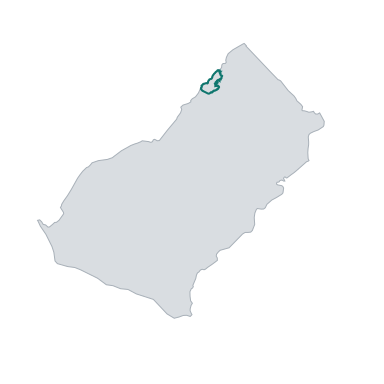 Wa West, Upper West, Ghana (highlighted), rotated 47°
{"feature_id": "2480657B35206472883168", "entity_name": "Wa West", "entity_type": "district", "adm_level": 2, "iso_a3": "GHA", "parent_name": "Ghana", "parent_adm1": "Upper West", "projection": "robinson", "projection_center": [-2.68, 9.917], "detail": "fine", "context": "in_parent", "style": "outline", "palette": "teal", "viewbox_px": 384, "rotation_deg": 47, "n_neighbors": 0, "source": "geoboundaries", "source_scale": "gbopen_adm2", "svg_char_len": 6096}
<svg xmlns="http://www.w3.org/2000/svg" viewBox="0 0 384 384"><g transform="rotate(47 192 192)"><path d="M230.5,47.1L233.1,49.9L233.7,51.4L232.7,57.4L230.9,61.6L229.7,65.5L229.8,67.4L231.0,69.4L234.9,72.5L237.0,74.5L239.4,77.5L242.1,80.4L246.8,84.3L248.8,85.0L248.7,86.0L248.0,87.5L247.6,101.8L247.3,105.5L247.0,107.4L246.5,112.8L246.0,113.5L245.2,113.5L244.3,113.7L244.1,114.7L244.5,115.8L247.3,116.6L246.7,117.4L244.6,118.1L243.6,119.8L244.0,121.6L242.9,123.1L243.2,124.1L244.0,124.8L245.2,124.5L248.5,122.1L249.8,121.8L251.6,122.3L254.7,126.1L254.9,127.9L253.6,134.2L252.3,139.1L252.1,145.6L253.5,149.2L253.3,151.2L251.8,153.0L248.6,155.5L248.8,157.2L250.3,160.4L253.1,163.9L258.5,168.3L261.3,174.1L261.4,176.4L259.7,178.7L257.8,180.7L257.2,183.7L258.1,202.9L253.8,211.2L253.8,213.6L254.2,216.4L255.4,218.0L257.5,218.5L259.3,220.1L258.7,225.9L257.8,231.9L257.6,234.8L257.1,236.2L255.4,237.3L254.8,239.2L255.2,241.5L254.9,243.2L255.8,245.4L257.8,248.2L260.9,255.1L262.1,255.6L262.6,257.1L262.3,258.5L263.5,261.5L267.0,264.6L270.6,267.2L273.6,267.6L274.3,270.0L276.2,273.0L277.6,274.4L279.9,275.2L281.7,275.7L281.8,278.2L278.5,280.0L276.3,282.6L274.6,286.7L272.2,291.1L264.1,293.4L261.0,293.4L244.2,293.5L228.6,302.2L219.6,305.3L214.0,310.2L206.6,313.7L201.4,317.9L190.6,319.9L172.8,326.6L167.3,329.2L161.7,333.8L152.6,339.3L149.0,339.2L141.8,334.1L136.4,331.6L123.3,327.7L113.5,326.2L108.7,324.6L107.4,324.3L108.5,322.4L111.3,322.3L114.2,322.9L116.3,321.5L119.5,321.3L120.4,319.9L120.6,316.2L120.6,313.2L121.7,311.9L122.0,308.5L120.4,300.7L119.3,299.9L113.6,298.8L113.2,297.2L112.1,295.6L111.0,291.7L109.8,285.7L107.8,278.4L103.9,266.3L103.0,262.1L102.3,257.7L102.2,252.5L103.0,250.6L102.9,247.9L102.5,245.2L105.2,239.1L110.5,231.6L111.7,228.8L112.6,226.9L112.8,224.2L113.7,215.5L116.3,204.9L117.9,200.9L119.0,198.7L120.3,195.2L120.6,193.5L125.5,189.4L127.7,188.2L128.2,186.6L127.5,184.8L127.8,183.6L129.0,183.0L130.8,182.5L132.1,180.8L130.0,167.7L128.4,154.7L128.3,153.6L127.3,151.8L126.3,146.4L124.6,143.2L122.3,142.3L122.3,139.3L124.7,134.3L125.3,131.4L124.2,130.5L124.0,128.2L124.8,124.5L124.4,122.2L124.0,119.8L121.6,114.1L121.0,110.1L122.2,107.7L122.2,102.5L120.9,94.6L120.7,89.5L121.5,87.4L121.1,85.4L119.4,83.5L119.2,81.7L120.7,79.9L120.5,78.5L118.7,77.5L117.0,75.0L115.5,71.2L115.9,64.9L118.6,53.4L119.0,52.5L122.1,52.5L122.1,53.0L131.9,52.9L143.1,52.8L156.5,52.7L168.7,52.5L169.2,52.0L171.2,51.4L183.5,52.5L191.2,51.9L194.4,52.3L196.8,53.1L202.1,52.6L205.0,52.9L207.1,55.8L208.0,55.7L209.2,54.5L211.3,53.2L213.4,52.1L215.0,49.8L215.9,48.1L217.3,48.5L219.3,48.4L220.7,46.9L221.2,44.7L230.5,47.1Z" fill="#d9dde1" stroke="#a8b0b8" stroke-width="1"/><path d="M134.0,101.2L133.9,100.8L133.8,100.7L133.7,100.7L133.3,100.4L133.2,100.4L132.9,100.4L132.7,100.5L132.4,100.7L132.2,100.6L132.1,100.8L131.8,100.8L131.7,100.9L131.6,101.0L131.4,101.3L131.4,101.2L131.4,101.3L131.2,101.3L130.9,101.4L130.6,101.2L130.4,101.1L130.2,101.3L130.1,101.5L130.0,101.8L129.9,101.7L129.9,101.8L129.8,101.7L129.8,101.8L129.7,101.8L129.5,101.7L129.5,101.8L129.4,101.7L129.2,101.7L128.9,101.6L128.8,101.4L128.9,101.2L128.7,101.3L128.4,101.1L128.2,101.1L128.2,100.9L128.3,100.6L128.3,100.2L128.5,100.0L128.6,99.8L128.6,99.7L128.8,99.4L128.8,99.2L129.0,99.1L128.8,98.9L128.7,98.9L128.8,98.8L128.7,98.8L128.5,99.0L128.4,99.1L128.2,98.8L128.4,98.8L128.4,98.7L128.2,98.3L127.9,98.4L127.9,97.9L127.7,97.6L127.7,97.3L127.7,97.0L127.7,96.9L127.8,96.5L128.3,96.5L128.5,96.6L128.6,96.4L129.3,96.4L129.5,96.3L129.3,96.2L129.2,96.0L128.9,95.9L128.9,95.7L129.0,95.6L129.1,95.3L129.0,95.0L129.0,94.9L129.1,94.7L128.9,94.7L128.9,94.8L128.8,94.7L128.8,94.8L128.7,94.8L128.4,94.8L128.4,94.7L128.4,94.4L128.6,94.2L129.1,93.9L129.0,93.6L128.9,93.3L128.9,93.1L128.9,92.8L128.5,92.4L128.3,92.2L128.1,92.2L127.9,91.9L127.7,91.8L127.6,91.5L127.7,91.4L127.9,91.3L127.7,90.8L127.3,90.8L127.2,90.9L127.2,91.0L126.8,91.2L126.7,91.2L126.4,91.1L125.9,91.3L125.8,91.2L125.7,91.2L125.3,91.0L125.3,90.9L125.2,90.8L124.9,90.9L124.7,90.8L124.4,90.7L124.5,90.6L124.4,90.4L124.4,90.2L124.2,90.2L124.1,89.9L123.9,89.9L123.6,89.7L123.3,89.5L123.3,89.3L123.2,89.4L122.9,89.4L122.8,89.2L122.7,89.0L122.4,89.0L122.2,89.0L121.9,89.3L122.0,89.3L121.9,89.3L121.9,89.5L121.7,89.4L121.6,89.5L121.3,89.8L121.2,89.8L121.2,89.7L121.1,89.8L121.1,89.7L121.0,89.9L120.9,89.9L120.9,90.0L120.7,90.0L120.4,90.3L120.4,90.5L120.5,90.8L120.6,91.2L120.6,91.4L120.6,91.6L120.7,92.0L120.5,92.4L120.4,92.5L120.4,92.9L120.5,93.3L120.5,93.5L120.6,93.8L120.7,94.1L120.6,94.3L120.6,94.7L120.6,95.0L120.6,95.5L120.8,95.9L120.8,96.0L120.9,96.3L120.9,96.8L120.9,97.2L121.1,97.4L121.2,97.9L121.4,98.2L121.5,98.5L121.7,98.8L121.9,98.9L122.1,99.1L122.3,99.7L122.5,100.3L122.4,100.7L122.4,100.8L122.2,101.0L121.8,101.7L121.6,102.4L121.7,102.5L121.7,102.9L121.8,103.1L121.7,103.3L121.7,103.7L121.9,104.2L122.3,105.1L122.6,105.4L123.0,105.8L123.1,106.0L123.1,106.3L123.1,106.7L122.9,106.9L122.7,106.9L122.3,107.2L122.2,107.2L121.9,107.6L121.8,107.9L121.5,108.3L121.4,108.7L121.4,108.8L121.2,109.1L121.1,109.6L120.7,109.8L120.6,110.1L120.6,110.3L120.7,110.7L120.9,111.0L120.7,111.7L120.7,112.3L120.7,112.5L120.8,112.6L121.0,112.8L121.3,112.9L121.8,113.0L121.9,113.5L122.0,114.4L122.1,114.5L122.4,114.9L122.6,114.9L122.8,114.8L123.0,115.0L123.3,115.2L123.3,115.3L123.6,115.3L123.8,115.3L123.8,115.2L124.1,115.3L124.3,115.4L124.5,115.4L124.8,115.3L125.0,115.3L125.3,115.3L125.4,115.2L125.5,115.1L125.8,115.0L125.9,114.9L126.2,114.8L126.3,114.8L126.5,114.8L126.9,114.7L127.1,114.6L127.5,114.4L128.0,114.2L128.3,114.1L130.8,113.2L131.0,113.0L131.4,112.8L131.7,112.5L131.8,112.0L131.9,111.5L132.0,111.4L131.9,110.3L132.0,110.1L132.5,109.9L132.8,109.8L132.9,109.6L132.9,109.4L132.5,109.2L132.6,108.3L132.8,108.3L132.9,108.2L132.8,107.8L132.7,107.6L132.9,107.3L132.8,107.1L132.8,106.8L132.8,106.7L133.3,106.5L133.5,106.1L133.4,106.0L133.5,105.9L133.6,105.6L133.8,105.4L133.8,104.5L134.0,104.5L134.2,104.3L134.2,104.0L134.1,103.8L134.0,103.7L133.9,103.7L134.0,102.9L134.3,102.9L134.4,102.5L134.3,102.3L134.1,102.1L133.9,101.7L134.0,101.2Z" fill="none" stroke="#0f766e" stroke-width="2"/></g></svg>